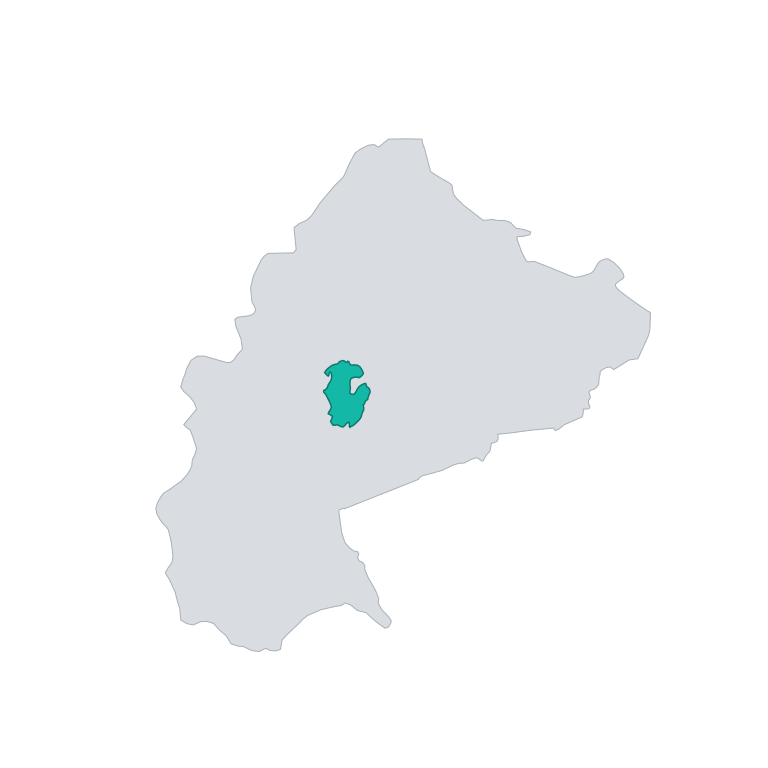 location of Boulkiemdé within Burkina Faso, rotated 339°
{"feature_id": "BFA-2812", "entity_name": "Boulkiemdé", "entity_type": "Province", "adm_level": 1, "iso_a3": "BFA", "parent_name": "Burkina Faso", "parent_adm1": "", "projection": "natural_earth1", "projection_center": [-2.108, 12.305], "detail": "fine", "context": "in_parent", "style": "filled", "palette": "teal", "viewbox_px": 768, "rotation_deg": 339, "n_neighbors": 0, "source": "natural_earth", "source_scale": "10m", "svg_char_len": 4601}
<svg xmlns="http://www.w3.org/2000/svg" viewBox="0 0 768 768"><g transform="rotate(339 384 384)"><path d="M555.3,485.8L537.5,486.6L531.0,488.8L527.1,488.9L526.9,487.0L526.5,485.9L503.9,479.6L488.1,475.9L472.1,471.7L471.2,475.6L468.9,478.1L465.4,478.3L463.0,477.7L461.4,480.7L458.8,484.6L455.1,486.5L451.5,489.0L449.4,491.1L447.9,491.1L444.3,486.1L439.4,485.6L430.3,486.5L426.2,485.1L420.6,484.4L407.4,485.5L386.3,483.4L382.9,484.5L382.0,485.4L361.1,485.7L338.1,485.9L318.9,486.1L302.1,486.3L302.1,485.5L296.7,485.4L296.1,487.0L291.3,507.2L290.7,518.2L293.3,525.0L296.1,529.3L299.3,531.1L299.6,533.5L297.1,536.7L297.3,539.9L300.3,543.3L301.0,546.8L299.5,550.5L299.9,559.3L302.1,573.3L302.2,582.4L300.0,586.5L301.0,593.6L305.2,603.7L305.9,607.9L304.4,609.9L301.0,612.5L297.5,612.4L293.4,606.3L291.7,603.6L288.4,597.5L285.6,591.3L281.8,588.6L278.1,586.0L273.6,578.2L269.3,574.5L264.7,575.5L258.0,574.1L244.5,572.1L229.9,572.7L223.9,574.5L217.9,577.4L202.8,583.6L196.8,586.8L192.3,594.6L187.1,594.4L182.0,591.9L178.8,588.3L171.9,589.1L165.3,585.7L158.8,578.8L154.1,576.6L148.1,571.7L146.4,562.3L142.6,555.6L139.1,546.5L133.9,542.4L127.8,540.2L119.5,540.6L114.0,537.0L109.7,531.6L110.9,527.0L112.9,520.4L113.1,514.0L114.4,503.7L113.7,490.8L112.2,481.8L116.8,478.1L122.1,474.7L125.4,468.6L128.9,454.9L130.4,443.0L129.3,438.6L127.6,435.1L126.2,430.0L125.4,423.8L126.4,418.3L130.4,413.3L135.5,409.1L139.1,407.0L148.5,405.0L160.4,401.8L167.2,398.3L172.2,394.7L175.0,391.9L177.9,386.1L182.5,381.6L186.0,377.1L186.6,364.6L186.5,357.4L183.9,353.5L182.5,350.1L200.1,340.3L200.2,333.3L197.8,325.6L194.4,319.3L193.1,314.0L198.0,307.6L202.3,302.9L205.4,298.8L212.3,292.7L219.5,291.1L226.0,293.4L245.2,307.9L248.5,308.8L252.5,307.7L257.6,303.9L264.2,300.9L266.6,291.2L266.4,276.9L267.9,270.3L271.3,269.2L282.4,271.9L285.2,272.1L288.5,271.1L290.8,268.6L290.7,264.0L290.2,260.0L293.8,246.7L300.4,236.8L313.6,224.3L317.8,221.8L322.6,220.5L346.4,229.1L350.2,227.0L356.0,205.8L362.5,203.8L370.2,203.4L375.2,201.6L377.8,200.1L389.1,192.1L409.0,181.1L419.8,176.4L421.9,174.7L429.5,166.9L439.7,158.0L446.2,156.2L455.1,155.5L460.8,157.0L462.3,159.5L464.2,160.8L475.9,157.0L492.7,163.1L507.2,169.0L506.3,172.7L506.2,179.4L505.0,189.9L503.6,202.5L509.6,210.6L516.8,219.4L518.7,222.8L516.9,231.5L518.2,236.5L522.0,245.0L528.5,255.7L535.2,266.7L539.8,268.2L544.1,269.0L546.8,271.0L550.7,272.9L554.5,274.2L557.9,276.6L560.1,278.9L562.9,285.7L570.3,290.2L575.6,294.7L573.5,296.9L567.0,296.0L560.9,294.1L560.1,297.3L559.8,309.8L560.9,320.2L562.3,321.6L568.4,323.5L583.1,337.0L596.5,349.7L600.9,353.1L608.3,354.3L616.5,354.8L620.0,353.7L628.0,347.2L632.2,346.5L636.1,346.7L638.3,347.7L642.1,353.0L645.7,360.9L646.8,366.7L646.5,369.9L645.2,371.1L638.7,372.6L635.9,373.8L635.2,375.5L636.2,379.4L637.5,381.9L644.7,393.4L655.1,408.8L658.3,412.7L656.5,417.3L651.3,429.4L647.4,434.4L630.1,451.4L621.6,449.4L603.7,452.9L601.0,448.9L596.9,448.4L591.7,449.1L589.8,450.6L589.3,452.3L587.4,454.6L584.2,461.4L581.6,463.1L578.4,464.1L574.6,464.0L572.3,464.9L572.3,468.2L571.6,471.1L569.0,472.6L567.9,475.9L568.1,479.1L566.5,480.5L563.2,479.7L561.2,478.8L559.3,483.0L557.0,485.8L555.3,485.8Z" fill="#d9dde1" stroke="#a8b0b8" stroke-width="1"/><path d="M334.7,356.6L333.8,355.0L333.0,353.1L332.7,352.0L333.6,351.4L334.1,351.1L335.4,350.1L337.5,349.3L341.9,348.0L344.0,348.0L348.1,348.5L349.4,347.9L350.2,347.2L353.6,347.2L355.1,348.1L356.1,350.1L357.4,350.3L358.3,349.7L358.6,350.0L359.2,350.9L359.2,352.6L359.6,354.2L361.3,355.0L363.6,355.7L366.0,357.0L367.6,359.2L368.3,362.0L368.7,366.2L367.9,367.4L365.1,368.8L363.1,369.2L361.5,368.1L359.6,367.2L357.8,367.0L355.2,367.1L353.8,368.4L352.9,370.2L351.9,372.6L351.2,375.8L349.6,378.5L348.8,380.4L350.1,381.9L352.4,382.8L354.7,381.5L357.4,379.1L359.9,377.5L362.6,376.8L365.3,376.6L366.6,376.7L367.2,377.4L367.0,379.1L367.0,380.6L368.2,382.0L368.6,383.5L368.5,385.1L368.2,386.4L367.4,387.5L365.9,388.9L364.0,391.2L363.2,392.7L361.5,392.8L359.6,394.2L358.6,395.5L357.1,396.1L356.7,398.3L355.8,400.9L353.3,403.2L352.3,404.5L351.3,405.9L351.1,406.3L349.7,407.5L347.4,408.9L341.4,411.4L338.7,411.9L337.6,411.7L336.7,412.3L336.4,411.4L337.2,409.4L337.6,407.2L335.4,407.1L332.5,408.8L330.2,409.4L328.7,408.4L325.6,405.2L323.4,404.9L321.6,404.1L320.9,401.3L320.8,399.6L321.4,399.1L322.8,397.8L324.3,395.7L323.0,393.7L321.3,391.8L322.3,390.4L325.1,388.6L326.8,386.2L326.8,381.2L325.8,372.2L325.2,371.4L324.8,369.9L325.4,368.4L327.7,368.2L330.0,366.8L331.6,364.8L336.2,361.3L337.9,358.3L338.8,354.9L338.0,353.4L336.4,354.7L335.5,356.3L334.7,356.6Z" fill="#14b8a6" stroke="#0f766e" stroke-width="1.5"/></g></svg>